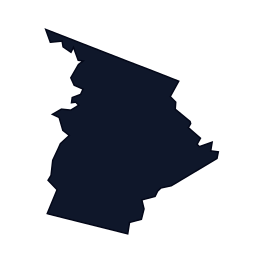 Campbell, Virginia, United States of America, rotated 85°
{"feature_id": "52423323B79148306227906", "entity_name": "Campbell", "entity_type": "district", "adm_level": 2, "iso_a3": "USA", "parent_name": "United States of America", "parent_adm1": "Virginia", "projection": "albers", "projection_center": [-79.136, 37.228], "detail": "fine", "context": "isolated", "style": "filled", "palette": "ink", "viewbox_px": 256, "rotation_deg": 85, "n_neighbors": 0, "source": "geoboundaries", "source_scale": "gbopen_adm2", "svg_char_len": 819}
<svg xmlns="http://www.w3.org/2000/svg" viewBox="0 0 256 256"><g transform="rotate(85 128 128)"><path d="M206.2,215.9L207.0,213.9L233.4,137.5L222.2,134.7L220.1,122.6L210.0,119.1L200.8,120.5L198.5,107.0L193.5,104.0L190.6,100.4L189.3,89.9L166.1,42.0L159.6,40.1L158.0,47.6L149.4,45.4L152.8,58.5L150.2,60.6L144.5,56.7L132.9,67.9L129.1,65.2L126.9,65.6L113.4,79.3L106.4,78.2L100.4,83.2L85.8,73.4L73.3,98.5L61.1,123.5L22.6,201.4L35.8,197.9L35.7,186.1L41.5,185.6L47.6,178.2L42.9,175.3L56.2,171.7L57.3,166.8L60.4,171.8L73.0,180.6L80.7,177.9L85.3,169.4L90.4,172.3L92.8,180.9L97.9,182.1L97.7,177.8L101.0,175.1L105.2,183.4L103.4,192.7L107.8,202.1L111.5,195.7L124.7,193.1L130.3,187.1L137.7,196.7L142.2,199.2L153.6,205.8L168.5,208.8L173.1,212.2L183.3,204.0L206.2,215.9Z" fill="#0f172a" stroke="#020617" stroke-width="1.5"/></g></svg>